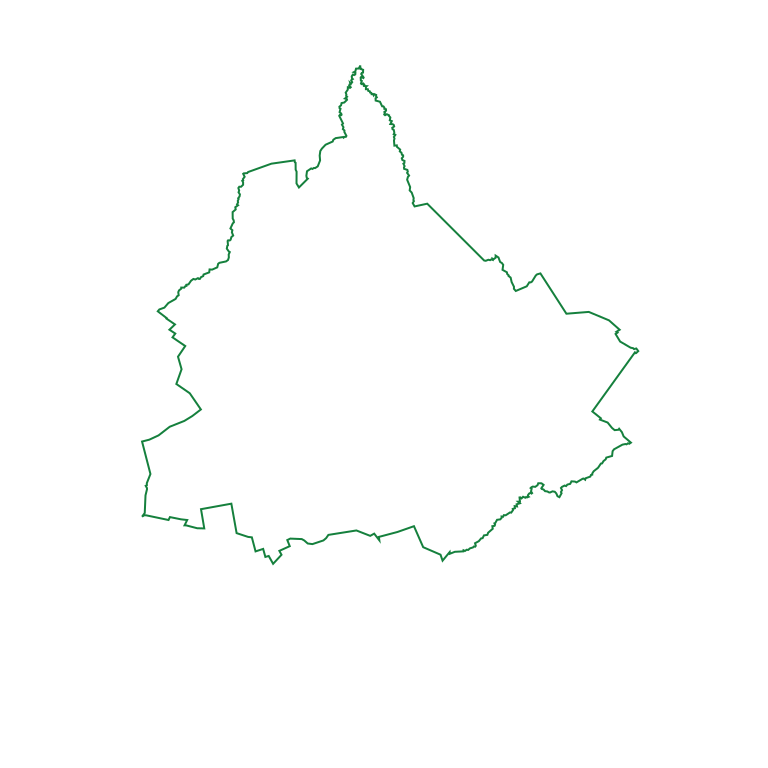 Nogoya, Entre Ríos, Argentina, rotated 305°
{"feature_id": "61730980B78785017489869", "entity_name": "Nogoya", "entity_type": "district", "adm_level": 2, "iso_a3": "ARG", "parent_name": "Argentina", "parent_adm1": "Entre Ríos", "projection": "albers", "projection_center": [-59.632, -32.251], "detail": "fine", "context": "isolated", "style": "outline", "palette": "green", "viewbox_px": 768, "rotation_deg": 305, "n_neighbors": 0, "source": "geoboundaries", "source_scale": "gbopen_adm2", "svg_char_len": 6166}
<svg xmlns="http://www.w3.org/2000/svg" viewBox="0 0 768 768"><g transform="rotate(305 384 384)"><path d="M182.6,363.7L173.2,374.8L179.6,379.6L174.3,386.0L177.0,388.2L173.1,396.3L185.3,398.0L187.3,394.0L197.1,399.8L200.7,394.3L203.6,395.9L209.8,405.6L210.1,408.4L209.6,413.0L211.8,417.2L221.1,424.1L224.5,425.0L228.5,425.0L248.2,445.4L251.7,459.8L255.8,461.8L253.3,469.8L255.8,467.5L270.5,479.9L284.7,490.1L272.8,509.7L276.6,528.2L272.9,533.3L284.0,534.2L282.7,535.3L287.2,538.3L292.4,545.0L293.4,544.5L293.7,546.1L295.7,546.8L296.3,548.1L298.7,548.7L301.1,550.6L302.4,550.8L303.0,552.0L304.1,552.0L305.8,549.9L309.6,551.8L313.2,552.1L314.3,553.2L317.3,552.7L319.7,555.2L321.9,554.6L327.8,556.1L329.7,554.3L331.2,555.9L332.4,555.7L333.2,554.4L333.9,554.9L337.6,554.5L339.8,556.9L341.9,557.1L342.9,556.3L343.6,557.7L345.3,557.4L346.3,559.0L351.1,560.9L351.6,562.0L354.7,562.0L355.5,561.1L357.3,562.5L358.9,561.1L360.0,563.2L361.5,561.6L364.2,563.7L364.5,561.3L365.7,562.8L368.8,560.1L369.3,560.6L369.2,562.3L371.4,562.6L371.9,565.0L372.9,565.2L373.1,566.2L374.6,567.2L374.7,566.2L375.4,565.7L377.4,565.7L379.0,566.5L378.9,567.7L379.6,567.9L380.4,566.0L382.9,565.0L382.9,563.8L384.0,564.0L385.3,564.7L386.5,566.9L389.2,567.8L391.2,567.3L393.0,570.0L392.9,572.6L388.8,572.7L388.5,573.4L389.1,575.2L388.6,577.4L389.7,579.5L389.8,581.2L390.3,582.2L392.7,583.6L393.7,585.7L393.2,587.9L391.6,590.5L391.9,592.6L396.4,592.1L397.0,590.9L399.2,590.7L400.3,588.6L401.8,588.8L404.4,590.2L404.8,591.7L406.8,591.9L409.0,593.8L411.8,593.4L413.6,596.4L413.8,598.1L420.4,601.1L421.0,601.7L421.0,603.7L422.4,603.2L426.5,606.1L428.1,605.7L429.2,606.6L430.2,605.9L432.8,605.8L438.2,607.4L443.2,607.3L444.1,608.2L446.8,608.0L449.4,608.8L451.2,608.3L455.9,612.1L460.1,609.8L462.5,609.9L471.1,614.1L473.3,616.2L473.7,617.3L475.4,617.9L475.7,619.2L477.6,619.9L478.5,610.4L481.0,606.5L482.2,602.3L481.0,602.3L478.5,599.4L478.8,595.9L480.7,589.3L478.7,581.3L480.3,581.3L481.0,570.4L553.7,571.4L553.3,572.1L553.9,572.8L556.8,573.4L557.8,570.3L556.0,568.7L556.2,567.5L555.2,565.2L554.2,553.1L557.8,545.0L560.0,545.8L560.0,544.4L563.6,545.9L565.2,531.8L560.5,510.4L546.2,493.1L564.3,448.7L561.6,446.5L559.9,446.1L552.8,446.5L551.4,445.9L550.6,444.7L545.9,444.9L535.8,438.6L536.5,435.8L538.2,434.7L540.7,430.1L543.8,426.7L543.9,424.1L544.5,423.8L544.8,421.8L546.0,420.6L545.5,415.6L550.0,413.3L550.7,411.2L550.6,409.1L553.3,405.2L553.2,401.8L551.5,403.0L549.0,402.2L548.9,401.0L548.0,401.8L547.6,400.4L546.3,399.9L545.6,398.2L543.3,396.7L542.6,395.2L556.5,316.0L547.0,307.2L548.7,303.7L551.0,303.6L551.5,302.6L553.3,301.7L556.7,296.9L557.3,294.0L560.3,292.5L564.6,285.8L567.3,284.8L569.1,285.0L570.2,281.8L571.6,281.7L572.8,280.3L571.8,277.1L572.9,276.1L574.3,275.9L575.6,273.5L576.8,273.9L578.5,272.8L578.0,270.6L579.1,269.1L581.2,269.3L582.3,268.5L582.1,267.2L583.5,265.6L583.6,263.5L585.3,262.8L585.7,258.6L586.8,257.6L585.2,255.8L589.2,252.5L591.1,251.8L592.0,250.4L594.5,250.4L594.2,248.7L595.4,248.6L597.0,247.1L597.8,246.1L597.6,244.9L598.6,243.8L600.8,244.6L601.8,243.4L601.8,242.1L600.6,240.1L603.8,239.6L603.3,237.5L606.0,236.3L606.5,234.2L607.0,234.0L606.6,231.6L604.8,230.7L604.9,229.6L606.7,229.2L607.0,228.3L609.1,228.9L610.2,228.0L609.6,226.4L610.6,225.8L611.1,224.3L610.4,223.2L612.9,218.8L611.4,214.6L613.2,213.2L614.7,213.7L615.2,212.4L616.3,211.8L615.9,209.9L614.5,210.0L615.2,208.6L614.3,207.6L615.2,206.6L614.8,205.4L615.6,204.5L615.1,202.9L616.2,201.7L615.1,200.1L617.1,198.7L618.0,198.9L616.6,196.5L617.3,195.7L618.0,195.9L618.3,194.6L616.8,193.6L616.9,192.8L619.5,192.0L619.4,190.9L621.7,189.1L622.4,189.2L622.8,191.6L623.4,191.5L624.9,187.5L626.1,187.4L627.1,188.2L629.4,186.7L628.7,184.3L629.3,184.2L629.5,182.9L631.4,182.0L627.9,182.3L626.3,180.2L623.7,181.2L622.1,180.4L622.5,182.1L621.1,182.9L619.9,182.3L619.6,181.0L617.5,181.1L616.2,182.3L615.9,183.5L614.7,182.9L613.7,183.1L613.0,184.8L610.9,184.7L611.1,183.7L610.2,184.7L609.5,184.0L608.4,184.3L608.0,186.5L607.1,186.3L606.3,184.2L604.3,185.5L600.7,185.5L599.5,187.2L598.3,187.7L598.1,189.0L595.5,188.3L596.1,190.0L595.6,190.7L591.8,190.0L589.8,188.1L587.6,189.0L585.6,188.4L584.4,189.5L584.5,190.5L581.2,191.7L581.0,193.8L580.2,194.8L579.6,194.7L579.1,193.5L578.0,193.5L573.9,201.0L572.3,200.8L571.1,203.5L569.2,204.1L569.0,206.2L567.7,207.0L565.7,210.9L564.6,211.0L563.6,209.6L562.6,209.6L562.7,208.7L557.7,203.4L555.0,202.4L553.2,202.9L546.5,198.9L541.2,198.1L538.3,198.2L534.2,200.3L530.5,203.4L524.3,204.9L521.3,203.7L520.8,202.7L519.1,202.0L518.8,200.7L514.1,198.9L510.0,201.0L508.5,202.6L508.5,203.8L496.2,201.6L498.1,197.3L507.8,190.6L508.9,188.7L514.5,184.7L514.5,183.8L515.9,182.5L499.9,165.4L479.7,151.1L478.3,151.0L476.1,148.3L475.4,148.1L473.8,151.0L470.8,150.9L470.0,151.9L469.1,151.4L468.4,152.9L466.4,154.3L463.6,153.8L462.6,152.3L461.0,152.3L459.4,154.4L457.6,154.9L456.7,157.2L454.8,158.1L452.5,158.0L452.2,158.8L450.1,159.2L449.1,160.3L446.8,160.6L446.7,161.9L443.5,160.8L441.9,162.4L438.0,161.4L432.7,165.2L431.9,166.9L430.4,168.3L428.8,168.0L423.3,169.0L423.0,171.6L421.0,172.4L419.1,175.3L416.8,174.7L414.2,175.6L413.1,175.3L412.3,173.9L411.4,173.9L408.2,176.6L407.3,176.4L404.7,177.6L403.5,181.1L403.6,182.0L401.0,182.5L398.7,184.3L396.1,185.1L393.8,184.3L388.9,179.7L387.4,179.2L383.9,180.5L379.1,177.6L377.8,175.4L375.2,176.8L370.2,173.4L368.7,174.0L366.5,172.8L364.5,172.9L363.9,172.2L364.0,170.9L361.4,169.5L360.7,167.6L357.9,166.7L353.5,166.7L351.9,165.2L351.1,165.9L350.0,165.1L348.4,165.1L346.7,162.6L345.7,163.2L343.1,162.4L341.2,162.8L338.9,164.9L337.1,164.2L334.2,164.5L326.6,160.9L320.6,160.3L316.2,157.2L313.8,157.0L313.3,168.3L312.8,168.3L312.9,178.6L305.4,177.1L305.6,184.1L300.9,184.0L301.1,199.4L288.2,199.6L280.0,209.7L264.9,213.9L265.0,230.2L258.1,248.6L247.7,245.3L239.2,241.6L226.1,233.0L212.6,228.8L203.8,223.7L198.1,218.8L176.3,244.3L166.7,246.6L165.1,247.8L163.9,247.2L162.8,249.5L161.9,250.2L156.0,252.5L141.1,262.0L136.6,261.9L139.1,263.0L140.1,264.7L149.0,285.5L152.2,285.0L156.7,295.3L159.7,300.8L153.8,301.7L154.7,303.0L158.7,313.7L162.6,319.6L176.5,305.9L198.4,327.6L177.3,348.8L180.8,360.4L182.6,363.7Z" fill="none" stroke="#15803d" stroke-width="2"/></g></svg>